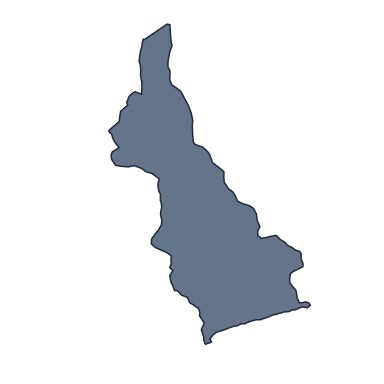 outline of Pyrgos Lemesou, Limassol, Cyprus, rotated 330°
{"feature_id": "46923920B45908077998395", "entity_name": "Pyrgos Lemesou", "entity_type": "district", "adm_level": 2, "iso_a3": "CYP", "parent_name": "Cyprus", "parent_adm1": "Limassol", "projection": "orthographic", "projection_center": [33.184, 34.741], "detail": "fine", "context": "isolated", "style": "filled", "palette": "slate", "viewbox_px": 384, "rotation_deg": 330, "n_neighbors": 0, "source": "geoboundaries", "source_scale": "gbopen_adm2", "svg_char_len": 2517}
<svg xmlns="http://www.w3.org/2000/svg" viewBox="0 0 384 384"><g transform="rotate(330 192 192)"><path d="M226.3,35.3L224.2,37.2L221.3,41.0L217.8,44.3L214.2,48.6L211.2,53.0L211.0,55.5L208.2,61.7L206.0,64.7L203.4,71.8L200.8,76.7L197.1,82.1L192.9,76.7L189.1,76.7L185.1,77.9L180.3,81.8L179.6,84.7L170.5,86.4L166.0,92.1L164.0,94.7L157.2,95.9L152.9,96.7L150.3,97.6L150.6,99.9L151.4,101.2L150.8,103.6L150.1,107.4L150.2,111.5L151.0,117.0L146.9,117.4L143.1,117.4L140.4,119.5L138.7,123.6L139.1,130.6L144.3,134.9L149.4,138.4L155.2,140.3L160.3,146.6L162.1,151.2L166.4,155.7L170.1,164.0L166.1,168.6L163.6,174.7L163.6,178.1L160.3,183.6L159.7,186.6L158.1,190.1L154.2,194.5L152.9,197.3L151.8,201.2L149.2,205.1L143.9,208.2L139.2,209.9L133.5,212.5L130.8,216.6L132.5,221.8L136.9,227.8L140.3,232.6L142.1,237.2L140.5,239.2L138.2,243.7L134.9,246.3L136.2,250.6L131.0,253.1L128.7,259.6L128.4,264.5L127.5,268.6L130.1,270.3L131.3,276.1L135.3,280.9L134.7,286.7L136.6,290.2L138.2,294.0L139.3,295.8L138.7,300.1L136.6,303.1L137.0,311.7L131.3,315.8L129.6,323.6L127.9,326.7L127.6,330.7L128.7,330.7L132.0,331.5L134.0,331.5L133.8,328.9L135.9,327.3L138.8,326.3L142.7,325.6L150.5,327.4L154.0,327.9L157.1,328.4L160.9,329.1L164.0,330.4L167.0,330.6L169.1,331.0L172.1,332.6L174.4,332.7L178.6,333.4L183.3,334.6L188.0,337.1L189.4,337.2L191.1,337.5L195.8,338.5L199.3,338.7L202.0,339.4L204.1,340.2L206.7,340.6L209.4,341.5L211.9,341.8L213.2,342.7L216.7,344.2L219.7,344.2L222.7,345.7L225.5,346.0L228.3,346.3L230.4,347.0L234.1,349.9L237.8,349.4L237.7,346.6L235.8,344.1L232.2,343.0L229.6,341.5L230.2,336.0L232.1,331.6L232.9,328.6L232.2,326.0L231.7,322.9L231.5,319.1L233.7,315.2L236.4,312.0L240.0,311.4L243.3,311.8L247.8,311.8L250.6,312.2L252.2,310.0L253.1,304.6L254.2,302.3L255.6,300.2L255.6,297.4L252.7,294.2L250.6,289.6L248.1,286.3L247.3,282.0L244.4,276.6L243.3,271.7L238.6,269.9L234.1,268.7L229.0,266.9L227.3,262.5L229.3,258.8L233.4,256.0L234.3,248.8L236.8,243.3L237.0,236.8L234.7,232.3L229.6,226.9L226.8,222.4L227.6,216.9L227.5,212.9L226.8,210.8L225.3,208.0L224.8,199.7L226.9,195.1L229.7,190.6L229.3,188.8L226.9,182.6L224.4,176.8L226.1,168.1L225.5,164.0L223.6,158.3L220.7,155.2L218.3,151.9L218.3,148.9L221.3,142.5L223.4,138.6L225.4,134.8L226.1,133.8L228.4,130.4L230.7,123.7L232.1,115.3L232.3,107.1L232.7,99.6L230.3,93.7L228.0,88.9L228.8,83.7L231.3,79.9L233.5,76.1L233.7,71.7L236.6,66.8L242.5,59.8L248.1,55.0L248.5,53.1L249.3,50.9L251.4,46.4L254.2,40.6L256.5,36.1L254.3,34.1L227.0,36.2L226.3,35.3Z" fill="#64748b" stroke="#1e293b" stroke-width="1.5"/></g></svg>